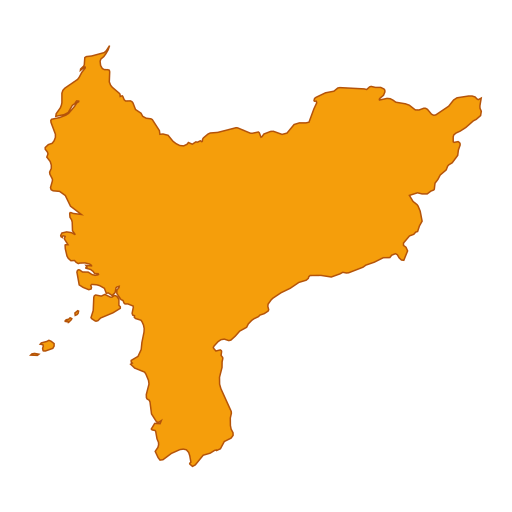 SVG path tracing the border of Kalimantan Barat
{"feature_id": "IDN-1228", "entity_name": "Kalimantan Barat", "entity_type": "Province", "adm_level": 1, "iso_a3": "IDN", "parent_name": "Indonesia", "parent_adm1": "", "projection": "orthographic", "projection_center": [110.805, -0.499], "detail": "fine", "context": "isolated", "style": "filled", "palette": "amber", "viewbox_px": 512, "rotation_deg": 0, "n_neighbors": 0, "source": "natural_earth", "source_scale": "10m", "svg_char_len": 5899}
<svg xmlns="http://www.w3.org/2000/svg" viewBox="0 0 512 512"><path d="M109.6,45.6L108.1,49.9L105.9,53.7L103.8,56.6L100.8,59.1L100.1,61.3L100.6,65.5L102.3,68.5L104.3,69.6L107.8,69.7L109.3,70.2L109.7,71.8L109.3,81.9L110.6,85.2L112.2,87.2L119.4,93.4L120.0,94.2L120.2,96.5L122.2,95.8L122.8,96.4L124.2,99.8L125.6,101.0L130.5,100.9L132.0,101.7L133.0,103.0L135.5,109.5L141.0,113.2L142.7,116.3L146.1,118.2L150.9,118.8L152.3,119.6L159.4,130.6L159.9,134.3L163.0,134.0L168.1,135.3L172.9,141.2L176.0,143.6L179.7,145.5L183.6,145.9L187.0,144.3L188.4,142.5L192.3,144.2L195.8,141.9L197.5,142.2L200.3,140.8L201.8,141.7L202.3,141.3L202.6,139.2L203.4,137.9L207.9,134.1L210.2,133.0L217.8,132.4L236.1,127.7L237.7,127.9L250.4,133.2L252.2,133.3L258.4,132.0L259.3,132.8L261.0,137.2L262.0,136.7L263.9,134.0L270.7,131.4L273.4,131.3L282.1,134.4L287.0,133.1L294.1,124.5L299.3,122.9L305.9,122.9L309.0,122.2L313.9,108.9L316.7,102.9L316.3,101.2L314.4,101.2L314.0,100.5L314.6,98.4L316.1,97.3L325.5,92.8L333.9,91.2L337.8,88.0L339.8,87.6L364.1,88.9L366.7,89.5L369.6,86.9L371.1,86.4L375.4,87.4L380.7,87.4L384.0,89.0L384.8,90.1L384.9,91.9L383.5,95.3L379.7,98.5L379.3,99.3L379.5,100.0L387.0,98.4L390.2,98.7L393.1,100.2L395.8,102.2L405.4,103.8L409.3,105.2L415.3,109.9L419.0,110.0L423.9,108.2L425.6,108.3L427.4,109.3L431.5,114.2L433.8,115.3L435.8,114.9L448.7,106.2L453.6,100.0L457.0,97.8L468.7,96.0L472.0,96.0L475.0,96.9L477.4,99.3L478.4,99.6L481.2,98.1L479.9,105.9L480.0,108.3L481.3,111.3L480.6,115.6L476.2,119.4L473.4,120.8L465.8,127.5L460.2,131.1L456.1,133.0L453.8,134.9L453.2,136.8L453.2,141.8L454.1,142.4L458.1,141.6L459.6,142.7L460.1,143.8L460.1,145.1L458.4,150.0L457.7,155.4L452.2,162.8L448.7,164.9L447.6,166.2L446.2,169.9L440.2,175.0L437.9,179.4L435.0,183.2L434.3,189.2L433.7,190.0L430.9,191.1L427.2,193.9L422.0,193.9L417.5,192.8L409.4,195.4L413.0,201.4L417.1,204.7L418.1,206.1L420.2,211.2L422.1,221.2L419.5,225.8L417.6,231.5L415.7,232.1L413.8,234.3L409.5,235.9L403.5,243.0L403.5,245.4L406.0,247.3L407.6,250.9L403.8,260.3L401.4,260.0L399.1,257.8L397.3,254.7L395.4,253.7L391.7,255.2L389.8,257.6L383.3,257.7L374.3,262.2L365.9,265.1L363.0,267.2L348.6,272.8L346.4,273.0L342.8,272.3L339.9,273.9L331.3,277.0L321.0,275.4L310.1,275.5L308.8,276.7L308.3,278.4L306.2,280.2L298.9,282.4L290.2,288.3L281.1,292.7L273.0,298.1L271.2,299.8L268.1,304.1L267.8,306.3L268.7,309.7L268.1,311.1L264.3,313.6L259.9,315.1L258.5,316.6L253.9,318.8L251.8,320.3L248.3,323.9L246.6,327.3L239.7,331.1L235.3,336.1L230.9,340.1L228.8,340.6L224.3,339.1L220.9,339.7L218.0,341.7L214.0,346.1L213.3,347.4L213.6,348.3L215.9,351.0L220.3,349.9L221.4,350.7L221.6,351.7L221.1,355.4L222.7,357.5L222.8,358.6L222.1,361.8L222.0,367.5L219.5,377.2L219.6,384.2L220.9,388.7L231.2,411.4L231.4,413.2L230.3,418.0L230.4,425.5L231.1,429.1L233.0,432.7L233.1,435.3L231.1,438.1L224.3,441.5L220.4,448.8L216.6,450.5L216.4,450.0L214.6,450.4L210.1,453.2L203.2,455.2L195.3,464.9L192.5,466.4L189.9,464.2L189.7,463.3L190.9,462.2L189.8,455.9L188.7,452.5L186.4,449.8L183.3,449.1L179.9,449.6L171.4,453.4L163.0,459.7L160.0,460.1L158.1,457.6L155.2,451.4L157.9,447.4L158.6,444.8L158.5,442.4L157.0,438.8L155.7,431.5L155.1,430.5L152.1,429.9L151.3,429.0L154.7,423.4L160.1,423.7L161.3,420.6L158.6,422.4L156.5,421.8L151.5,413.9L150.0,402.0L149.2,400.2L147.0,398.9L146.4,397.6L146.3,394.5L149.0,384.0L148.5,380.4L146.0,374.3L144.6,372.1L134.7,368.1L130.6,364.2L132.3,363.1L131.2,362.1L131.2,360.4L138.0,356.4L141.2,349.5L141.9,342.5L144.0,332.1L144.2,328.6L143.5,325.1L142.0,321.7L140.9,320.2L135.5,318.5L134.3,317.3L134.5,315.7L132.7,315.1L132.1,313.3L133.3,307.3L133.1,306.0L127.8,303.9L125.0,303.9L124.0,303.0L123.0,300.5L121.0,299.6L117.3,294.2L116.8,293.1L116.8,290.2L118.9,287.7L119.2,286.3L116.8,287.0L116.0,287.8L115.1,292.6L112.1,295.5L108.3,292.9L106.3,293.3L104.4,288.3L99.8,285.7L96.8,284.8L91.8,284.4L90.7,285.5L91.5,287.4L91.1,289.0L88.8,289.7L83.1,287.4L79.2,284.9L76.9,272.1L77.4,270.6L78.3,269.8L79.6,269.9L82.5,272.0L88.2,272.1L91.9,274.5L95.1,275.4L97.8,274.9L98.5,274.5L98.2,273.7L94.6,273.5L93.1,271.4L90.6,269.5L85.9,268.2L85.9,267.6L87.0,267.0L85.9,265.4L91.5,265.9L91.5,265.4L89.6,264.0L85.0,262.9L79.6,263.1L78.3,263.6L76.1,262.3L74.5,260.5L70.9,260.7L68.3,258.4L67.0,256.1L65.3,248.8L65.1,245.5L65.3,244.8L68.0,244.7L64.3,238.8L65.2,236.4L63.2,235.8L62.4,236.2L62.4,237.5L61.0,236.7L60.7,235.4L61.9,233.0L66.6,231.9L71.3,232.6L75.3,234.7L72.5,230.7L72.2,222.1L71.6,219.9L70.0,217.3L69.7,213.7L70.1,212.6L71.0,212.6L73.0,213.4L81.4,214.5L70.5,206.2L65.3,195.5L59.6,191.4L53.1,190.8L51.1,189.7L50.5,187.6L52.4,180.9L52.4,179.1L49.9,174.2L49.6,172.1L51.3,168.5L51.3,165.1L50.2,161.5L46.8,157.1L48.0,153.9L47.4,152.0L45.2,149.2L45.2,147.5L48.3,144.6L52.2,143.3L54.1,140.8L55.4,137.4L55.4,134.2L51.0,122.4L50.8,120.5L51.5,119.3L59.6,117.6L65.8,115.2L68.6,113.4L74.5,106.5L76.8,102.9L78.7,101.7L78.7,101.1L76.6,100.9L74.7,103.7L72.3,105.4L68.2,112.5L64.2,114.6L55.8,116.3L56.2,113.7L60.3,107.9L61.4,105.1L61.9,102.6L61.9,93.2L62.9,90.3L64.8,88.2L77.6,79.4L79.2,77.3L81.7,72.5L85.3,67.9L85.2,67.1L84.5,67.1L80.4,70.4L80.6,69.0L83.8,66.0L84.3,64.6L84.8,57.6L86.3,56.6L91.6,56.0L104.2,52.6L106.3,50.7L109.6,45.6ZM118.9,305.3L120.3,306.8L120.3,308.3L113.0,312.8L100.6,318.0L97.9,320.7L96.0,321.2L94.9,320.8L91.6,318.6L91.0,317.6L93.2,310.6L93.8,297.2L94.4,295.7L95.7,295.0L101.3,296.1L104.9,294.4L110.5,297.2L111.9,297.2L114.4,295.5L115.9,295.8L117.2,296.8L118.9,299.4L118.9,305.3ZM54.1,343.6L54.1,346.1L52.8,348.4L45.4,351.0L43.3,350.9L43.0,350.4L42.6,348.4L43.3,346.2L42.9,344.7L40.2,344.2L41.3,342.9L46.9,341.4L48.9,340.3L51.2,341.3L54.1,343.6ZM70.1,317.8L71.8,318.6L71.4,319.6L68.7,322.3L68.3,322.5L67.9,321.1L66.3,321.2L66.4,321.6L65.2,321.4L65.2,320.7L66.3,319.7L68.7,319.2L70.1,317.8ZM30.7,355.1L31.9,353.9L34.5,353.4L38.9,354.2L37.4,355.4L30.7,355.1ZM77.7,310.7L78.6,311.1L78.1,313.4L77.0,314.6L75.2,315.4L74.9,313.0L77.7,310.7Z" fill="#f59e0b" stroke="#b45309" stroke-width="1.5"/></svg>